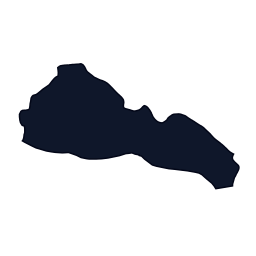 Fond Dor/Dugard, Micoud, Saint Lucia, rotated 175°
{"feature_id": "8701671B74099385302774", "entity_name": "Fond Dor/Dugard", "entity_type": "district", "adm_level": 2, "iso_a3": "LCA", "parent_name": "Saint Lucia", "parent_adm1": "Micoud", "projection": "robinson", "projection_center": [-60.922, 13.811], "detail": "fine", "context": "isolated", "style": "filled", "palette": "ink", "viewbox_px": 256, "rotation_deg": 175, "n_neighbors": 0, "source": "geoboundaries", "source_scale": "gbopen_adm2", "svg_char_len": 5904}
<svg xmlns="http://www.w3.org/2000/svg" viewBox="0 0 256 256"><g transform="rotate(175 128 128)"><path d="M25.1,92.8L26.2,93.5L27.2,94.2L27.5,94.4L27.8,94.7L28.5,95.2L28.9,95.5L29.2,95.9L29.6,96.3L29.9,96.6L30.2,96.9L30.6,97.4L30.9,97.8L32.2,99.4L33.1,100.3L33.6,100.9L33.8,101.2L34.1,101.5L34.5,101.9L35.2,102.7L35.8,103.3L36.1,103.6L36.7,104.1L37.1,104.5L37.9,105.4L38.5,105.9L38.9,106.2L39.6,106.9L40.1,107.3L40.4,107.6L41.7,108.8L42.3,109.4L42.8,109.9L43.4,110.6L43.8,111.0L44.7,112.3L45.5,113.2L46.0,114.0L46.3,114.4L46.6,114.8L46.8,115.1L47.1,115.4L48.0,116.4L48.4,116.9L48.8,117.3L49.3,117.8L49.6,118.2L50.6,119.3L51.5,120.3L51.7,120.6L52.0,120.9L52.3,121.3L53.1,122.1L53.4,122.3L54.0,122.8L54.3,123.1L54.8,123.5L55.2,123.8L55.7,124.1L56.1,124.3L57.0,125.0L57.6,125.5L57.9,125.7L58.2,125.9L58.6,126.2L58.9,126.5L59.6,127.0L59.9,127.3L60.2,127.5L60.7,127.9L61.3,128.4L61.5,128.6L62.4,129.2L63.0,129.7L63.3,129.9L63.5,130.1L64.2,130.5L64.6,130.8L64.9,131.0L65.3,131.4L65.8,131.7L66.5,132.3L66.8,132.5L67.2,132.8L67.6,133.2L68.0,133.5L68.3,133.8L68.8,134.2L69.2,134.6L69.5,134.8L69.9,135.1L70.2,135.3L70.6,135.5L71.0,135.6L71.3,135.8L72.8,136.4L73.1,136.6L73.4,136.7L73.7,136.9L74.0,137.0L74.6,137.2L74.9,137.3L75.3,137.4L76.0,137.5L76.4,137.6L77.1,137.6L80.7,137.7L81.1,137.7L81.4,137.6L81.8,137.6L82.2,137.4L82.6,137.3L83.3,137.0L83.6,136.8L83.9,136.6L84.2,136.4L85.2,135.9L85.8,135.5L86.2,135.2L86.6,135.0L86.8,134.8L87.2,134.5L87.5,134.1L87.8,133.7L88.1,133.3L88.3,133.0L88.5,132.7L88.9,132.4L89.3,132.1L89.6,131.9L90.5,131.4L90.8,131.2L91.2,131.0L91.6,130.8L92.1,130.6L92.5,130.4L93.0,130.2L93.4,130.1L93.9,130.2L94.4,130.2L94.8,130.3L95.2,130.4L95.6,130.6L96.0,130.7L96.4,130.9L96.9,131.1L97.3,131.3L97.6,131.5L98.0,131.8L98.3,132.0L98.7,132.3L99.0,132.6L99.4,133.0L99.8,133.5L100.0,133.7L100.3,134.0L100.5,134.3L101.0,135.0L101.2,135.4L101.7,136.1L102.0,136.7L102.2,137.0L102.4,137.7L102.6,138.0L102.7,138.5L102.9,139.2L103.1,139.5L103.4,140.5L103.5,140.9L103.6,141.3L103.8,141.6L103.9,141.9L104.1,142.3L104.2,142.7L104.5,143.1L104.8,143.8L105.1,144.3L105.7,145.2L106.1,145.9L106.3,146.2L106.5,146.5L106.8,146.8L107.1,147.2L107.4,147.5L107.6,147.7L107.9,147.9L108.3,148.1L108.5,148.3L108.8,148.4L109.1,148.6L109.5,148.8L109.8,148.8L110.2,148.7L110.5,148.5L110.7,148.3L111.0,148.1L111.4,147.9L111.7,147.6L112.3,147.0L112.5,146.8L112.9,146.4L113.2,146.2L113.5,146.0L113.8,145.8L114.1,145.6L114.5,145.4L115.1,145.1L115.4,145.0L115.7,144.9L116.4,144.8L116.7,144.6L117.1,144.6L117.4,144.6L117.7,144.5L118.3,144.4L118.7,144.4L119.1,144.3L119.6,144.3L120.1,144.3L120.7,144.4L121.2,144.5L121.8,144.7L122.2,144.9L122.5,145.0L122.9,145.1L123.2,145.3L123.5,145.4L123.9,145.6L124.3,145.8L125.1,146.1L125.7,146.3L126.3,146.5L126.8,146.7L127.3,146.9L127.6,147.0L127.9,147.1L128.2,147.2L128.7,147.4L129.1,147.6L129.5,147.8L129.8,148.0L130.1,148.2L130.3,148.5L130.5,148.9L130.6,149.3L130.7,149.7L130.7,150.1L130.7,150.5L130.6,150.9L130.5,151.3L130.5,151.7L130.3,152.5L130.1,153.2L130.0,153.7L130.0,154.5L130.0,154.9L130.1,155.8L130.2,156.5L130.7,157.5L131.0,158.0L131.6,158.9L132.1,159.6L133.0,160.5L133.2,160.8L133.7,161.3L134.0,161.7L134.3,162.0L134.5,162.2L134.8,162.5L135.1,162.8L135.5,163.3L136.2,164.1L136.7,164.7L137.5,165.7L138.0,166.3L138.5,166.9L138.7,167.2L139.0,167.6L139.4,168.1L140.1,169.0L140.6,169.6L140.9,170.0L141.4,170.5L141.6,170.8L142.1,171.4L142.6,172.0L142.9,172.3L143.2,172.7L143.7,173.3L144.3,173.8L144.5,174.1L144.8,174.4L145.1,174.6L145.5,174.9L145.9,175.2L146.3,175.5L146.7,175.8L147.1,176.1L147.5,176.3L147.9,176.5L148.3,176.8L148.8,177.0L149.3,177.3L149.6,177.4L149.9,177.6L150.6,177.8L151.0,178.0L151.3,178.1L151.7,178.3L152.0,178.5L152.4,178.7L152.7,178.8L153.0,179.0L153.5,179.3L153.8,179.5L154.2,179.7L154.6,179.9L154.8,180.1L155.5,180.5L155.8,180.7L156.1,180.8L156.8,181.2L157.1,181.4L157.3,181.6L157.7,181.9L158.0,182.2L158.3,182.5L158.5,182.7L158.8,183.0L159.1,183.3L159.4,183.6L159.7,183.9L160.0,184.1L160.3,184.4L160.6,184.7L161.4,185.4L161.6,185.6L161.9,185.9L162.7,186.7L163.0,186.9L163.3,187.2L163.7,187.6L163.9,188.0L164.2,188.4L164.4,188.9L164.8,189.6L165.3,191.2L165.5,191.6L165.7,192.0L165.8,192.4L166.4,193.5L166.7,193.9L167.1,194.5L167.3,194.8L167.6,195.1L168.3,195.5L168.6,195.7L168.9,195.9L169.4,196.1L169.7,196.0L170.1,196.0L170.6,196.0L171.0,195.9L174.0,196.0L174.3,196.0L175.5,196.0L176.3,196.0L177.8,196.1L178.2,196.1L179.0,196.0L179.8,196.0L180.2,196.0L180.7,196.0L181.3,195.9L181.6,195.9L182.2,195.9L182.6,196.0L186.3,196.1L186.6,196.0L187.3,196.0L187.7,196.0L188.0,196.0L188.7,195.9L189.4,195.9L189.8,195.8L190.2,195.7L190.9,195.4L191.2,195.3L191.5,195.0L191.8,194.8L192.0,194.6L192.4,194.5L192.7,194.3L192.6,191.7L192.6,189.3L193.1,185.9L195.3,185.0L196.9,183.9L199.1,181.8L202.7,177.9L204.7,176.7L209.7,173.9L212.3,172.0L215.0,170.2L216.6,169.3L217.8,169.1L219.7,168.7L220.8,167.8L221.9,166.2L222.6,163.1L223.3,160.9L223.8,158.2L224.4,156.0L224.9,155.3L225.7,154.9L228.5,154.6L229.5,154.7L231.7,154.7L233.2,153.9L234.9,151.1L235.1,148.5L235.0,145.1L234.6,142.7L233.2,139.9L231.0,138.9L231.0,138.3L230.9,136.3L231.0,135.1L231.2,132.6L231.6,131.5L232.1,130.3L232.3,129.1L232.6,127.7L233.1,126.3L233.8,124.9L234.3,124.4L232.2,122.9L225.2,118.5L221.3,116.2L218.4,115.1L211.4,112.3L206.5,111.0L202.6,110.1L195.6,109.0L189.3,108.8L181.6,105.3L177.4,102.7L172.4,101.2L169.9,100.6L162.1,99.9L156.8,99.7L150.4,99.9L139.1,101.2L132.4,102.7L130.1,102.7L126.2,102.9L123.3,101.4L120.5,100.6L119.2,100.5L119.3,99.7L116.9,98.8L114.2,95.6L110.2,92.0L107.0,89.1L103.0,87.5L97.3,85.8L90.8,83.9L85.3,82.9L72.5,80.2L64.7,78.1L61.1,76.9L58.3,75.0L55.8,72.3L53.5,69.9L49.3,65.8L47.2,62.7L45.8,59.9L28.9,61.2L28.8,62.0L28.7,63.1L28.3,64.1L26.9,67.8L26.4,69.2L25.0,71.1L24.2,72.7L23.3,73.9L22.8,74.7L21.5,76.9L21.0,78.4L20.9,79.6L21.3,81.0L24.3,84.4L24.8,84.9L26.3,87.1L26.6,88.0L26.6,89.9L25.7,91.9L25.1,92.8Z" fill="#0f172a" stroke="#020617" stroke-width="1.5"/></g></svg>